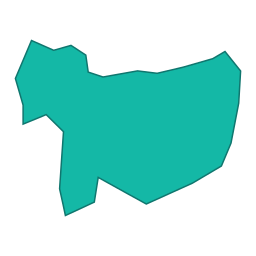 Agios Epifanios Oreinis, Nicosia, Cyprus (Robinson projection)
{"feature_id": "46923920B19828557727754", "entity_name": "Agios Epifanios Oreinis", "entity_type": "district", "adm_level": 2, "iso_a3": "CYP", "parent_name": "Cyprus", "parent_adm1": "Nicosia", "projection": "robinson", "projection_center": [33.112, 34.996], "detail": "fine", "context": "isolated", "style": "filled", "palette": "teal", "viewbox_px": 256, "rotation_deg": 0, "n_neighbors": 0, "source": "geoboundaries", "source_scale": "gbopen_adm2", "svg_char_len": 450}
<svg xmlns="http://www.w3.org/2000/svg" viewBox="0 0 256 256"><path d="M31.5,40.5L15.4,78.5L23.1,105.1L23.1,124.1L46.2,114.6L63.5,131.7L59.6,188.8L63.2,205.1L65.4,215.5L94.3,202.1L98.2,177.4L127.4,193.6L146.3,204.0L192.5,183.1L221.4,166.0L231.0,143.1L238.7,103.2L240.6,71.0L225.0,51.5L212.7,58.7L183.1,67.2L157.2,73.3L137.5,70.9L103.0,77.0L88.2,72.1L85.8,55.1L71.0,45.4L53.7,50.3L31.5,40.5Z" fill="#14b8a6" stroke="#0f766e" stroke-width="1.5"/></svg>